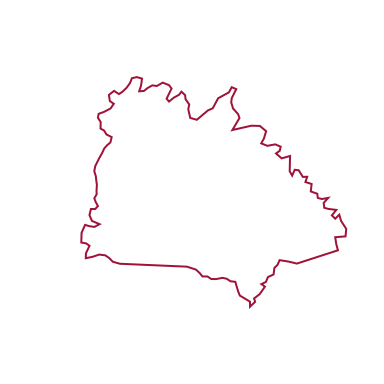 Tunas, Rio Grande do Sul, Brazil (Albers equal-area conic projection), rotated 65°
{"feature_id": "56859067B9883944354981", "entity_name": "Tunas", "entity_type": "district", "adm_level": 2, "iso_a3": "BRA", "parent_name": "Brazil", "parent_adm1": "Rio Grande do Sul", "projection": "albers", "projection_center": [-52.904, -29.12], "detail": "fine", "context": "isolated", "style": "outline", "palette": "rose", "viewbox_px": 384, "rotation_deg": 65, "n_neighbors": 0, "source": "geoboundaries", "source_scale": "gbopen_adm2", "svg_char_len": 1973}
<svg xmlns="http://www.w3.org/2000/svg" viewBox="0 0 384 384"><g transform="rotate(65 192 192)"><path d="M164.7,290.8L169.6,294.7L175.9,294.9L182.1,289.4L182.4,295.2L179.5,299.6L176.6,302.8L182.3,309.3L191.0,313.7L193.8,309.7L197.4,307.6L202.8,314.1L207.1,316.2L208.7,309.6L209.5,302.5L212.8,297.3L217.0,294.9L221.8,293.2L226.6,287.6L257.5,228.2L263.9,221.3L268.7,219.3L273.0,218.2L275.1,213.7L279.0,211.3L281.1,207.0L282.7,200.6L285.3,197.2L289.2,194.8L291.7,190.7L295.5,191.3L301.7,192.2L306.1,192.4L315.9,185.8L320.5,187.9L318.2,181.2L314.7,180.7L313.2,173.9L308.6,165.9L304.8,168.0L304.8,163.1L301.2,159.1L301.2,152.9L295.6,149.4L294.2,145.3L290.8,141.4L296.0,133.7L301.2,127.2L306.5,84.4L299.9,83.2L293.5,81.3L297.1,71.6L290.6,67.8L281.2,69.1L274.8,68.1L276.7,73.5L272.3,75.1L269.2,68.8L265.0,75.5L262.2,78.8L257.6,77.3L254.9,71.1L253.3,77.1L250.6,80.5L246.5,79.2L241.7,84.1L235.3,80.2L230.9,85.0L226.9,81.2L225.1,85.2L217.4,86.1L215.3,89.5L219.5,94.3L214.5,94.7L200.8,87.9L199.4,96.5L192.6,99.6L191.7,95.0L188.4,92.5L184.0,96.4L182.0,104.2L177.2,108.7L173.9,104.2L168.2,99.1L160.8,102.6L157.0,110.2L152.9,129.2L145.0,117.7L140.9,117.3L133.7,119.5L127.4,118.6L123.7,116.3L117.5,108.4L113.8,111.7L117.3,116.4L118.1,128.7L124.9,137.8L124.8,143.1L128.6,157.1L124.1,162.3L115.4,160.4L111.5,157.5L105.1,158.6L101.3,157.3L96.6,159.2L98.4,162.6L98.8,168.5L100.3,174.6L96.7,175.6L89.6,166.8L85.4,167.7L80.5,172.3L81.1,179.0L78.6,182.9L79.0,188.3L80.1,192.9L78.4,197.3L73.9,193.1L68.1,189.4L64.5,193.5L63.5,198.4L67.0,202.1L69.9,207.2L71.7,212.6L72.4,216.8L67.4,219.9L68.9,226.3L74.9,228.0L79.0,225.6L81.9,230.6L82.2,238.1L81.7,243.6L85.0,245.9L90.0,245.2L95.9,248.1L99.1,245.7L103.7,245.2L108.3,241.6L112.6,245.0L113.8,249.4L115.5,253.2L118.8,257.1L121.9,261.5L124.9,265.3L127.7,268.8L131.9,271.8L137.1,272.5L140.5,273.7L145.4,275.2L150.5,278.0L153.8,279.4L156.4,283.2L160.3,283.5L165.0,283.2L166.5,287.0L164.7,290.8Z" fill="none" stroke="#9f1239" stroke-width="2"/></g></svg>